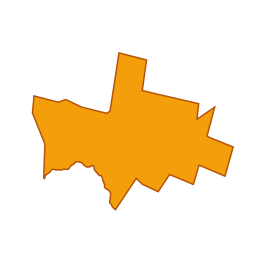 Caledonia, Vermont, United States of America (Robinson projection), rotated 73°
{"feature_id": "52423323B73732041573461", "entity_name": "Caledonia", "entity_type": "district", "adm_level": 2, "iso_a3": "USA", "parent_name": "United States of America", "parent_adm1": "Vermont", "projection": "robinson", "projection_center": [-72.042, 44.463], "detail": "fine", "context": "isolated", "style": "filled", "palette": "amber", "viewbox_px": 256, "rotation_deg": 73, "n_neighbors": 0, "source": "geoboundaries", "source_scale": "gbopen_adm2", "svg_char_len": 1348}
<svg xmlns="http://www.w3.org/2000/svg" viewBox="0 0 256 256"><g transform="rotate(73 128 128)"><path d="M202.4,163.9L178.6,134.8L186.0,130.7L197.7,117.8L184.7,101.9L187.3,98.6L201.1,82.0L184.3,70.9L202.4,49.3L176.9,33.0L160.9,52.9L158.8,54.8L133.4,39.0L139.8,59.5L125.4,53.3L102.7,92.7L96.3,103.4L68.4,90.4L54.7,112.8L53.6,114.7L81.7,128.2L106.1,140.0L106.9,141.1L107.7,144.2L94.5,166.2L82.6,179.2L82.9,187.2L69.9,208.5L85.7,215.0L118.3,212.2L120.4,212.6L150.5,223.0L151.8,222.9L151.3,222.0L150.0,221.7L148.7,219.8L147.6,216.2L146.6,214.5L145.4,213.0L145.8,210.7L146.0,210.3L146.9,209.7L147.2,209.1L147.4,207.9L147.3,207.2L148.6,204.5L148.7,204.2L148.8,203.9L148.5,202.7L148.5,201.7L149.3,199.4L150.0,197.8L149.8,197.0L149.4,196.1L148.4,195.2L147.0,192.4L146.6,190.1L145.8,188.7L145.3,188.6L145.0,187.7L145.6,185.8L147.2,183.0L148.6,181.7L150.4,181.2L152.2,179.8L152.7,179.4L153.6,178.1L153.8,177.6L153.9,176.6L153.8,173.8L153.5,173.3L153.6,172.4L154.7,171.8L155.5,171.9L157.1,172.4L158.3,172.2L159.4,171.9L161.3,171.0L164.8,169.5L165.3,169.0L165.8,167.5L166.6,167.1L171.1,167.4L172.4,167.1L175.6,167.0L177.1,167.6L178.1,167.6L179.6,167.0L180.6,165.7L182.5,164.3L185.2,163.7L186.3,164.0L191.4,166.2L192.9,167.1L193.8,167.3L194.4,167.2L196.4,166.3L198.7,166.0L200.8,165.0L202.4,163.9Z" fill="#f59e0b" stroke="#b45309" stroke-width="1.5"/></g></svg>